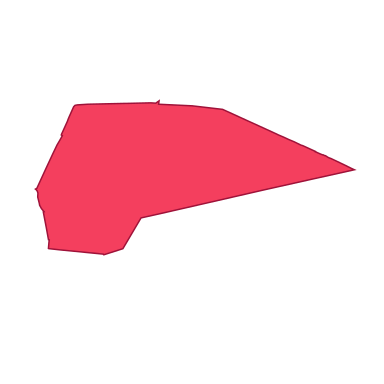 Seda, Strencu, Latvia, rotated 193°
{"feature_id": "27541924B58603814408660", "entity_name": "Seda", "entity_type": "district", "adm_level": 2, "iso_a3": "LVA", "parent_name": "Latvia", "parent_adm1": "Strencu", "projection": "robinson", "projection_center": [25.749, 57.654], "detail": "fine", "context": "isolated", "style": "filled", "palette": "rose", "viewbox_px": 384, "rotation_deg": 193, "n_neighbors": 0, "source": "geoboundaries", "source_scale": "gbopen_adm2", "svg_char_len": 1204}
<svg xmlns="http://www.w3.org/2000/svg" viewBox="0 0 384 384"><g transform="rotate(193 192 192)"><path d="M244.6,273.4L247.3,270.4L252.2,269.6L274.5,263.9L277.4,263.2L291.6,259.6L313.2,254.1L323.3,251.1L325.5,250.1L326.5,248.4L328.6,237.7L329.1,234.8L329.3,232.9L331.7,221.0L332.0,219.6L332.2,218.5L332.2,218.1L331.0,217.7L332.4,212.8L334.1,207.4L336.2,198.0L337.0,194.2L339.7,181.5L344.0,160.7L345.2,159.6L344.2,159.1L343.2,158.3L342.5,157.3L341.9,156.3L341.2,152.4L338.2,146.5L337.5,144.8L335.0,142.0L331.7,139.5L332.4,139.1L326.4,125.5L326.0,124.6L321.1,113.2L320.3,113.2L320.1,111.0L319.2,104.7L318.8,104.6L317.1,104.8L307.8,105.9L303.9,106.4L264.5,111.5L263.8,111.0L246.6,121.2L235.9,155.1L235.6,155.4L208.5,168.4L206.1,169.6L204.6,170.3L203.8,170.7L136.4,203.4L121.8,210.5L79.0,231.0L38.8,250.2L40.7,250.6L42.6,251.0L44.1,251.4L45.6,251.7L47.4,252.2L49.3,252.6L64.6,256.0L64.9,255.9L67.4,256.4L69.5,257.2L70.2,257.4L71.1,257.3L72.2,257.7L73.2,257.6L73.9,257.7L75.3,257.9L81.0,259.0L80.9,259.3L85.3,260.2L94.6,262.1L96.4,262.2L103.7,263.9L109.5,264.9L115.2,266.1L120.9,267.1L122.5,267.5L180.8,279.4L211.2,276.0L244.3,270.0L244.6,273.4Z" fill="#f43f5e" stroke="#9f1239" stroke-width="1.5"/></g></svg>